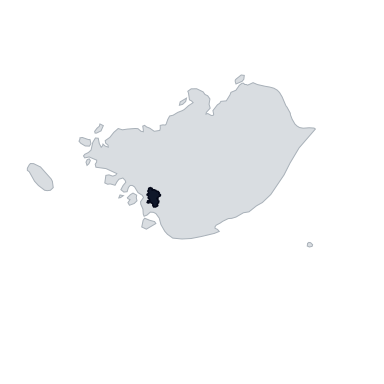 Jinju-si, South Gyeongsang, South Korea (highlighted), rotated 64°
{"feature_id": "91817680B32789615967236", "entity_name": "Jinju-si", "entity_type": "district", "adm_level": 2, "iso_a3": "KOR", "parent_name": "South Korea", "parent_adm1": "South Gyeongsang", "projection": "orthographic", "projection_center": [128.134, 35.192], "detail": "fine", "context": "in_parent", "style": "filled", "palette": "ink", "viewbox_px": 384, "rotation_deg": 64, "n_neighbors": 0, "source": "geoboundaries", "source_scale": "gbopen_adm2", "svg_char_len": 4565}
<svg xmlns="http://www.w3.org/2000/svg" viewBox="0 0 384 384"><g transform="rotate(64 192 192)"><path d="M119.1,96.2L120.3,95.2L120.4,93.8L120.5,89.2L124.1,86.1L129.2,79.7L131.7,76.2L134.6,72.9L137.9,70.7L141.0,69.7L146.1,69.3L155.6,69.8L157.5,69.4L164.2,69.1L165.8,69.7L170.6,70.1L176.0,69.7L178.7,68.7L181.2,67.1L183.4,64.1L185.6,58.6L188.0,54.3L189.5,53.5L199.3,76.4L208.9,91.1L217.0,101.8L228.8,122.3L232.3,133.3L232.7,140.1L234.8,149.5L233.2,154.9L233.8,163.4L233.1,167.8L231.8,171.0L231.8,177.2L232.3,180.5L232.4,184.8L233.3,186.5L234.7,187.2L236.8,185.5L239.4,184.8L239.0,190.1L236.0,203.5L233.4,213.2L229.8,221.7L225.0,229.5L219.3,232.6L215.3,233.7L207.6,234.2L201.1,232.9L195.6,233.9L193.4,235.5L191.8,238.3L193.0,242.5L192.8,245.7L190.5,245.5L185.8,243.6L180.6,243.4L178.2,242.5L175.7,238.0L173.2,238.1L168.9,240.8L162.2,241.4L159.9,242.8L159.0,244.7L160.0,247.1L163.3,250.2L162.2,253.3L158.7,254.9L155.9,251.0L154.2,247.2L152.2,247.0L149.1,248.0L148.5,252.1L149.9,254.9L152.2,258.2L148.9,261.9L148.0,264.5L145.6,266.4L139.3,262.1L140.2,259.1L143.0,256.3L143.4,253.2L142.5,251.5L133.3,259.0L127.6,267.5L124.6,266.8L123.3,264.6L121.6,263.7L115.4,269.1L114.3,273.5L112.0,273.7L111.1,271.8L111.1,267.8L110.1,264.4L103.9,259.4L101.1,255.1L102.6,252.7L107.9,254.1L112.0,254.0L111.2,252.0L109.9,251.0L112.7,249.9L115.0,247.6L113.1,246.9L110.2,248.2L107.8,247.5L106.9,241.9L104.1,236.1L102.6,230.5L105.6,227.3L107.2,222.3L110.0,215.2L111.4,212.8L115.1,211.2L116.5,209.3L114.5,208.4L111.2,207.4L111.3,205.4L113.6,204.3L116.1,202.0L120.9,199.3L122.5,194.0L121.1,192.7L118.2,191.4L118.9,188.7L120.1,186.7L119.7,185.5L116.2,182.0L113.9,178.8L114.7,175.3L114.2,169.8L114.6,165.3L114.5,162.9L112.9,157.3L112.2,151.8L109.9,152.5L108.1,153.9L101.6,151.8L99.6,151.6L98.9,147.5L101.3,142.5L106.9,138.1L110.0,137.6L112.4,135.7L116.2,135.1L120.6,138.2L124.6,138.9L126.7,144.2L128.1,145.3L128.4,143.4L131.6,141.2L132.4,139.5L131.8,138.5L128.0,137.5L124.8,131.0L124.4,128.2L123.2,126.3L125.1,121.2L121.3,115.2L119.5,113.3L119.8,108.0L117.9,104.5L116.8,102.7L116.2,99.4L116.8,98.0L118.5,97.5L119.1,96.2ZM102.4,329.4L100.4,330.5L98.7,329.7L98.2,329.2L96.1,326.2L95.6,324.7L97.1,321.9L103.1,317.2L118.4,312.9L121.2,312.8L127.2,314.8L128.4,318.5L127.3,321.6L125.8,323.7L118.8,327.2L113.3,328.8L102.4,329.4ZM205.4,249.3L201.4,252.5L196.0,248.3L194.8,246.0L198.8,242.5L202.2,238.6L204.5,238.3L205.4,249.3ZM177.0,249.0L176.5,254.0L173.5,254.3L171.7,251.0L169.8,252.6L168.8,252.6L167.4,248.6L167.1,245.5L170.6,243.1L172.7,244.6L175.8,245.3L177.0,249.0ZM99.5,270.6L96.8,271.3L95.3,269.5L94.2,269.0L94.9,266.7L99.4,262.2L100.2,260.7L104.3,261.7L105.8,264.1L103.8,267.8L99.5,270.6ZM114.5,98.4L114.2,105.1L111.9,104.8L110.4,104.1L109.8,102.8L108.4,96.5L110.1,93.9L113.4,96.0L114.5,98.4ZM97.2,252.0L96.6,253.3L94.8,252.9L93.0,249.3L92.3,246.5L90.5,244.9L93.5,242.6L97.2,247.0L97.2,252.0ZM109.1,162.0L108.5,165.3L105.8,163.1L105.2,155.8L107.9,158.0L109.1,162.0ZM292.9,110.6L291.1,112.1L288.9,110.7L288.5,109.1L289.6,107.6L292.3,106.7L293.5,107.9L292.9,110.6ZM121.4,272.3L122.1,274.7L118.7,274.2L116.9,271.9L117.2,269.8L119.2,269.6L121.4,272.3ZM165.7,258.8L165.2,260.4L163.1,258.0L165.2,255.3L165.7,258.8Z" fill="#d9dde1" stroke="#a8b0b8" stroke-width="1"/><path d="M178.4,221.8L176.6,222.2L176.3,222.5L176.3,222.9L176.2,223.4L175.4,223.7L174.8,223.7L174.4,224.2L173.8,224.6L173.1,225.4L173.1,225.7L173.1,226.5L172.9,226.9L172.0,226.8L171.7,226.3L171.1,226.3L170.6,226.7L170.5,227.5L170.2,228.0L169.8,227.8L169.7,228.5L169.7,229.1L170.1,229.6L170.6,229.9L171.0,230.1L171.4,230.3L171.5,230.8L171.7,231.0L171.8,231.3L173.9,231.3L174.5,231.6L174.2,232.8L174.4,233.3L174.9,233.7L175.4,233.3L176.0,233.0L176.6,232.8L177.4,233.4L177.7,233.7L178.0,234.0L178.7,233.9L179.2,233.4L180.1,233.4L181.0,233.7L181.4,234.3L181.4,234.6L180.9,234.8L180.5,235.0L180.5,235.6L180.7,236.0L181.3,236.3L181.8,236.9L182.4,236.5L182.7,236.0L182.9,235.8L182.9,235.4L182.1,235.4L182.0,234.9L182.1,234.5L182.5,234.1L182.8,233.8L183.5,233.4L184.0,233.5L184.5,232.8L185.1,232.6L185.7,232.6L186.4,232.6L186.8,233.1L187.5,233.1L188.2,233.1L188.7,233.0L188.9,232.6L188.8,232.2L189.4,231.6L189.5,231.1L189.4,229.0L189.2,228.7L188.9,228.6L188.1,228.6L187.6,228.5L187.5,228.1L187.1,227.7L187.1,227.3L187.1,226.8L186.6,226.5L185.7,225.8L185.5,226.1L184.8,226.3L184.4,226.4L183.9,226.3L183.5,225.6L183.0,225.7L182.7,226.3L182.3,226.2L182.2,225.1L181.9,224.9L181.7,224.6L181.6,223.1L181.6,222.3L180.9,221.6L180.5,221.6L180.1,221.8L179.3,222.4L178.9,222.5L178.4,221.8Z" fill="#0f172a" stroke="#020617" stroke-width="1.5"/></g></svg>